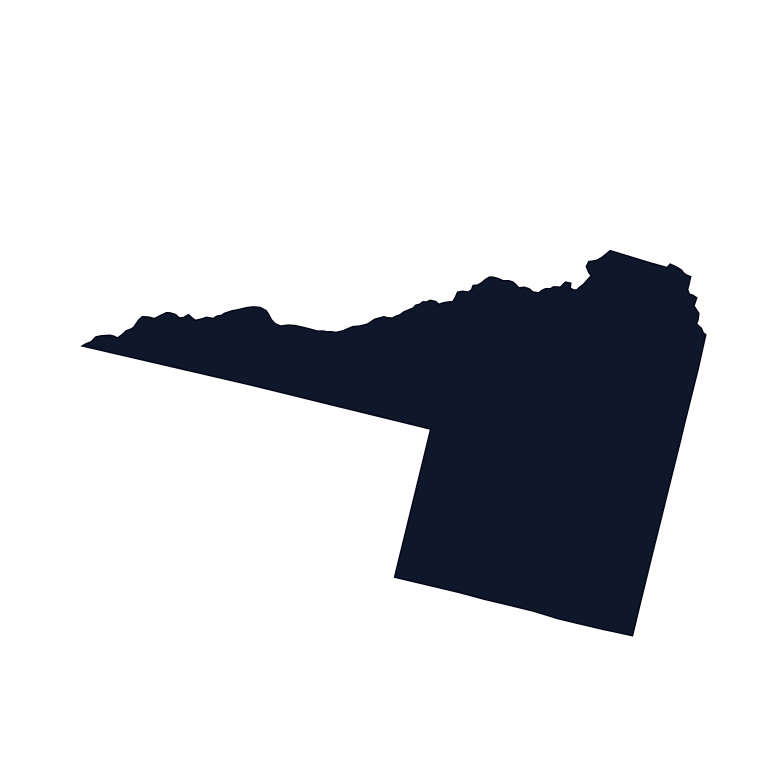 outline of Santa Luzia D'Oeste, Rondônia, Brazil, rotated 104°
{"feature_id": "56859067B12589205875865", "entity_name": "Santa Luzia D'Oeste", "entity_type": "district", "adm_level": 2, "iso_a3": "BRA", "parent_name": "Brazil", "parent_adm1": "Rondônia", "projection": "mercator", "projection_center": [-61.766, -12.143], "detail": "fine", "context": "isolated", "style": "filled", "palette": "ink", "viewbox_px": 768, "rotation_deg": 104, "n_neighbors": 0, "source": "geoboundaries", "source_scale": "gbopen_adm2", "svg_char_len": 2087}
<svg xmlns="http://www.w3.org/2000/svg" viewBox="0 0 768 768"><g transform="rotate(104 384 384)"><path d="M199.9,196.8L204.1,199.9L208.2,202.9L212.6,207.6L214.1,210.8L215.7,214.9L221.0,216.1L226.2,212.3L228.7,209.1L232.4,211.1L238.8,214.4L243.2,217.9L246.1,219.6L246.9,222.7L246.0,226.5L241.0,227.2L241.3,232.6L247.4,236.3L248.7,243.0L251.3,245.5L252.5,250.3L254.8,253.3L258.2,255.8L258.7,261.9L256.5,266.1L256.2,271.3L258.1,276.6L255.7,280.0L253.9,283.6L253.6,287.9L255.0,293.5L254.1,298.5L254.0,304.3L254.7,307.4L258.1,310.9L261.9,313.5L265.3,317.0L266.9,321.4L271.3,321.8L274.4,324.4L275.1,330.5L277.1,334.8L282.6,335.7L287.4,337.1L289.1,342.0L291.1,346.5L293.4,350.0L291.5,353.9L291.6,359.4L294.2,362.6L294.8,366.1L297.9,368.5L299.8,372.2L303.4,374.2L309.1,382.1L312.8,384.9L315.5,389.0L318.0,391.8L319.0,396.9L318.7,400.2L323.4,408.6L329.9,414.6L333.5,421.2L335.9,428.2L342.5,437.0L345.6,443.0L346.1,448.5L347.3,452.0L347.3,455.5L348.8,461.6L348.6,469.2L348.6,475.8L348.8,484.3L350.0,491.1L352.8,498.4L351.9,504.0L349.1,508.5L344.3,512.9L341.3,516.2L339.7,522.8L340.8,529.5L342.9,535.2L347.6,544.3L349.8,549.2L354.2,556.1L356.5,558.0L358.7,562.7L361.8,565.5L362.2,572.3L365.0,576.6L367.9,582.5L366.2,586.4L364.0,590.4L368.0,594.6L369.5,598.7L367.1,603.0L366.7,608.8L367.5,612.4L371.9,617.8L376.1,622.6L376.0,628.2L377.1,634.7L380.7,637.2L386.3,639.4L389.2,640.3L391.7,642.5L394.9,647.1L399.5,650.0L403.9,653.8L403.0,657.4L403.0,661.6L405.6,669.9L408.0,674.9L413.8,678.3L417.5,683.4L420.1,686.0L417.2,511.5L416.9,421.0L416.5,327.8L434.3,327.7L526.8,327.2L568.9,327.0L568.1,262.2L568.6,233.7L568.4,218.2L568.2,184.3L569.6,158.1L569.4,134.6L569.1,111.7L568.9,107.4L568.1,82.0L534.3,82.3L524.7,82.3L486.5,82.5L445.9,82.5L406.4,82.6L368.2,82.6L350.3,82.8L330.9,82.8L294.4,82.8L258.4,83.7L257.1,86.6L253.2,89.5L250.2,95.3L245.7,94.8L239.4,95.6L233.2,102.2L224.7,101.4L223.1,106.0L223.1,109.3L219.0,112.3L215.2,112.2L205.7,112.4L205.2,116.6L203.9,120.0L201.5,123.0L199.8,128.4L198.4,135.3L202.6,137.5L202.0,156.8L199.9,196.8Z" fill="#0f172a" stroke="#020617" stroke-width="1.5"/></g></svg>